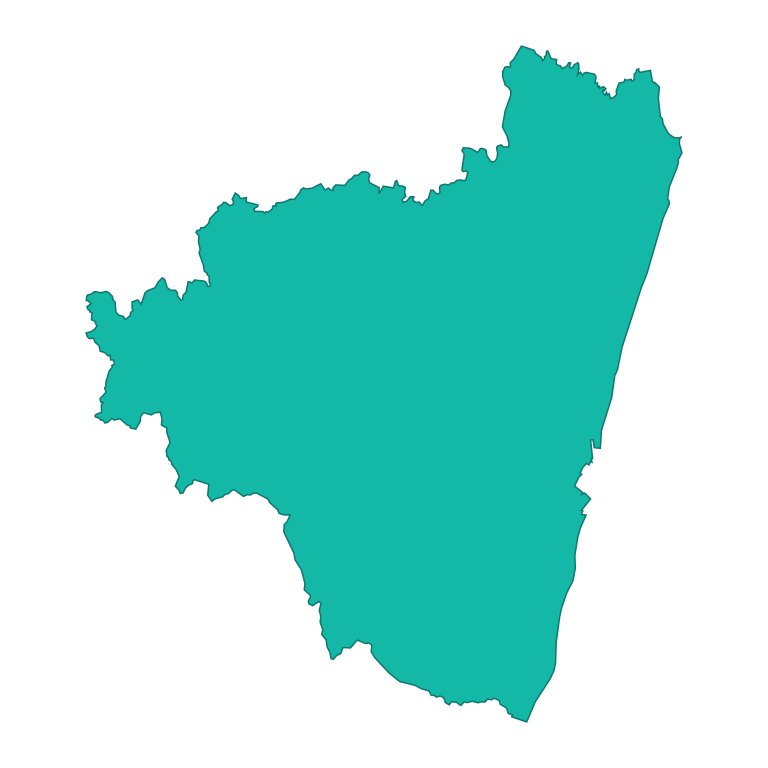 Toamasina II, Atsinanana, Madagascar (Albers equal-area conic projection)
{"feature_id": "10022922B55539380638871", "entity_name": "Toamasina II", "entity_type": "district", "adm_level": 2, "iso_a3": "MDG", "parent_name": "Madagascar", "parent_adm1": "Atsinanana", "projection": "albers", "projection_center": [49.14, -18.014], "detail": "fine", "context": "isolated", "style": "filled", "palette": "teal", "viewbox_px": 768, "rotation_deg": 0, "n_neighbors": 0, "source": "geoboundaries", "source_scale": "gbopen_adm2", "svg_char_len": 6021}
<svg xmlns="http://www.w3.org/2000/svg" viewBox="0 0 768 768"><path d="M600.3,448.3L601.5,430.1L611.7,397.6L614.8,375.4L617.3,370.3L622.1,347.1L641.5,287.1L646.8,274.0L663.0,218.5L669.3,204.1L668.9,200.5L667.6,199.2L669.3,186.9L676.7,168.4L678.5,162.0L678.1,159.9L681.9,153.0L679.4,143.6L679.6,139.4L681.6,136.4L680.5,137.8L674.4,137.8L668.3,133.6L663.1,123.8L662.4,118.8L660.4,116.7L658.4,99.0L659.3,87.1L654.9,82.6L652.5,81.9L650.4,70.4L640.0,72.4L638.5,70.3L638.8,69.0L636.6,69.5L636.1,72.4L634.3,74.0L634.2,78.8L633.2,80.7L631.8,81.1L631.2,79.4L626.3,80.2L624.9,79.4L623.9,82.2L619.2,82.9L616.1,91.2L616.8,94.1L614.5,96.9L610.4,98.7L609.2,93.7L607.3,94.9L606.5,92.3L605.0,95.3L602.6,92.0L602.7,89.9L604.1,91.0L605.9,88.8L603.5,86.6L599.8,88.4L599.6,86.2L598.5,86.4L598.5,87.4L597.8,86.8L597.4,82.9L595.1,83.2L596.0,76.7L594.5,74.2L586.2,72.4L584.2,73.0L582.6,75.5L580.5,72.1L577.6,74.9L579.0,69.1L578.6,63.8L577.7,62.8L574.2,64.7L573.0,67.2L570.7,67.8L569.4,67.0L570.6,62.9L568.8,62.6L566.7,66.1L562.2,68.5L560.5,65.8L557.5,65.0L556.0,63.1L556.7,59.5L551.3,58.8L547.7,50.9L546.5,51.4L546.2,55.4L544.5,56.6L544.8,58.1L542.7,60.7L541.2,57.4L535.8,53.6L534.3,50.4L521.4,46.1L513.8,59.1L510.2,62.8L510.5,67.2L507.0,66.6L504.8,67.4L502.7,71.7L502.7,76.7L505.2,85.0L508.6,87.5L510.8,90.9L510.7,95.3L505.2,110.8L502.4,126.7L507.1,136.1L508.9,143.1L508.7,147.0L503.3,146.9L501.3,144.9L497.4,146.1L496.6,148.0L497.6,152.9L497.1,157.7L495.3,161.0L492.3,162.1L490.5,161.2L486.8,155.6L486.1,150.2L483.6,148.6L480.4,148.5L477.7,152.4L470.5,148.3L463.3,147.8L461.9,150.6L464.0,153.5L464.1,155.3L461.9,170.0L463.0,171.6L466.4,170.9L467.8,172.2L466.0,179.6L464.4,180.7L460.9,179.9L456.5,180.5L454.3,182.8L451.2,183.0L448.6,185.0L444.8,184.2L440.6,185.4L439.5,187.2L440.0,192.4L438.5,194.0L436.5,193.8L433.0,190.2L430.9,190.1L428.3,198.7L425.1,200.8L422.6,205.0L421.7,205.1L419.3,202.1L416.4,202.5L413.3,200.8L412.9,198.8L414.1,197.1L413.0,196.7L410.2,196.8L406.8,201.2L402.9,202.3L402.2,199.4L405.7,196.5L404.6,191.9L405.3,187.8L404.4,186.6L398.4,185.5L396.8,180.6L395.4,181.4L393.5,187.9L383.3,186.2L379.1,193.8L379.2,187.6L369.7,182.8L368.6,179.4L369.8,174.9L367.9,172.5L365.7,171.9L361.7,171.9L358.1,175.3L354.5,175.3L351.5,178.7L349.0,179.9L344.9,185.4L335.7,184.9L332.9,188.0L333.2,190.4L331.0,190.1L328.3,188.0L325.3,190.2L320.8,183.8L312.2,188.1L306.4,189.0L303.3,187.9L300.5,190.1L300.0,192.2L294.4,199.4L290.4,199.2L283.7,202.2L276.4,203.0L275.6,204.0L276.1,205.9L273.0,205.9L272.1,209.2L267.8,212.3L266.0,211.7L264.6,213.2L262.9,211.5L254.8,211.4L253.9,208.7L257.8,206.4L257.7,204.9L246.1,202.0L246.4,197.7L240.5,198.5L238.6,195.4L235.2,193.1L232.2,199.5L233.5,201.3L232.9,204.7L229.6,205.6L225.7,202.5L223.5,202.4L222.4,204.2L217.7,207.3L218.1,211.5L216.3,211.8L209.9,218.6L208.6,223.4L204.1,227.6L200.9,227.7L199.9,229.9L197.0,230.6L195.9,232.3L199.0,236.0L198.4,241.5L200.2,249.2L199.0,252.8L203.4,265.0L204.4,271.3L207.0,273.1L207.2,274.7L209.0,276.2L209.2,281.9L210.6,285.3L209.5,286.4L208.0,286.4L206.0,282.2L204.3,281.1L194.6,280.0L192.0,282.8L188.2,281.6L186.0,292.3L183.5,294.6L182.5,299.7L180.8,300.0L177.7,296.2L177.4,292.9L175.6,290.3L170.5,290.3L167.1,287.4L164.7,279.5L162.3,277.8L158.1,282.1L155.1,287.7L147.7,290.6L145.1,292.7L141.2,304.3L137.8,299.9L132.1,301.9L132.1,308.3L133.1,310.3L130.6,312.5L130.3,315.4L126.1,319.1L125.1,319.2L123.2,316.3L118.8,315.3L115.9,312.1L115.1,302.1L113.0,299.8L112.4,296.3L108.5,292.4L106.3,291.5L100.8,292.7L94.7,291.6L90.9,294.2L87.8,294.9L86.7,296.3L86.3,300.5L88.1,300.8L91.0,303.7L86.9,306.8L88.1,309.7L89.8,310.4L89.8,311.9L92.0,312.6L91.5,319.8L95.7,321.7L95.2,323.2L97.1,325.8L94.9,328.9L91.2,331.6L86.1,332.9L87.4,336.8L89.5,338.7L93.4,338.0L95.1,342.3L99.0,345.6L100.3,351.3L104.7,352.5L108.0,355.9L110.1,355.4L110.6,359.9L113.2,360.0L114.5,363.1L114.2,364.5L111.9,365.3L112.1,367.5L109.1,371.2L105.9,382.3L106.0,386.1L104.6,387.9L106.0,392.2L100.0,398.7L100.8,402.1L103.3,402.6L101.3,405.1L101.6,412.2L96.5,414.2L95.2,415.3L95.2,416.8L98.7,418.0L100.6,420.0L102.9,420.1L104.9,423.0L107.7,422.3L111.9,418.5L114.4,420.1L120.0,418.7L126.7,424.7L129.6,425.8L130.5,428.0L135.8,429.1L140.3,421.3L140.6,416.6L143.5,412.7L151.5,414.9L154.6,412.9L160.3,412.2L162.0,418.9L161.4,425.1L166.8,428.0L166.7,432.0L170.1,442.5L166.2,450.5L167.0,456.6L168.4,457.1L168.9,459.8L171.3,461.2L171.7,464.1L176.2,469.7L179.2,476.5L175.3,486.2L179.2,490.4L180.2,493.5L183.2,492.9L185.2,488.4L188.6,485.2L192.4,483.6L193.1,480.6L194.4,479.7L208.8,484.3L207.7,495.1L211.9,501.4L215.2,498.8L222.8,496.8L224.7,494.6L228.7,493.4L232.4,489.9L235.0,490.2L243.4,496.4L247.2,494.7L250.2,495.0L253.3,493.2L256.6,493.1L267.8,498.9L269.8,502.7L277.6,509.7L279.0,513.3L283.4,514.8L290.1,515.1L287.2,521.5L284.3,524.5L283.8,531.7L294.0,553.4L295.1,560.0L301.4,569.8L304.9,583.3L304.3,589.9L310.3,595.4L310.5,596.8L308.3,601.3L308.8,603.7L312.6,605.7L318.8,601.5L321.0,603.3L319.3,610.5L320.9,616.7L320.1,622.0L322.8,630.0L321.7,634.3L326.1,640.0L327.3,647.4L329.9,652.2L331.1,658.8L333.4,659.2L336.5,655.7L340.8,653.5L342.9,647.6L350.5,647.9L357.2,640.1L365.6,643.5L368.9,642.9L371.8,645.2L371.2,651.8L374.9,657.8L389.2,673.1L399.6,681.5L414.9,685.3L421.2,688.6L429.1,691.1L431.3,695.4L434.3,695.4L436.2,697.1L439.7,696.1L442.2,696.7L444.2,698.8L445.3,702.5L449.2,704.8L451.6,701.6L457.1,702.6L459.7,705.0L461.4,705.1L464.0,701.9L467.1,702.6L472.2,701.3L478.3,702.8L480.9,701.8L484.8,702.1L487.6,699.0L491.5,699.8L494.0,698.2L499.1,700.4L500.3,704.3L506.6,708.1L508.2,713.5L512.6,714.8L511.6,716.8L526.7,721.9L535.3,701.7L550.4,678.4L553.9,670.6L555.5,663.3L556.2,642.4L559.6,617.3L561.5,608.2L566.4,593.7L573.0,580.5L575.3,568.3L574.9,555.0L577.9,536.6L580.4,527.8L586.1,515.1L581.5,514.4L582.8,510.8L581.3,510.5L590.6,498.9L584.8,493.1L581.8,494.2L582.8,492.7L574.6,486.0L578.9,477.0L581.7,474.4L580.2,473.0L582.8,467.4L586.5,463.3L589.1,464.9L590.6,461.4L592.0,462.1L591.0,459.0L592.6,458.7L590.6,440.0L593.0,439.7L594.3,447.7L600.3,448.3Z" fill="#14b8a6" stroke="#0f766e" stroke-width="1.5"/></svg>